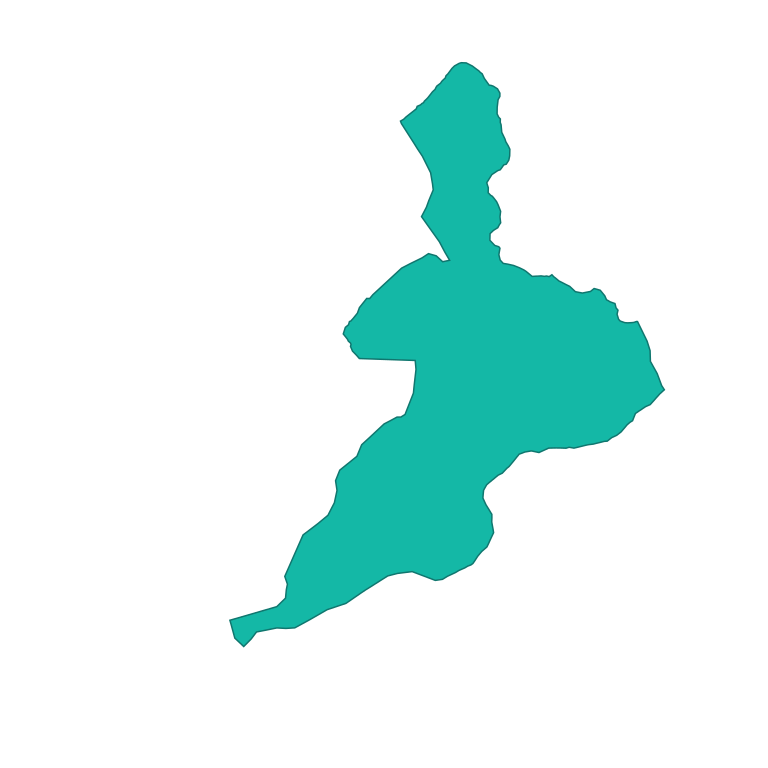 outline of Lafia, Nassarawa, Nigeria, rotated 319°
{"feature_id": "59680162B86357482908219", "entity_name": "Lafia", "entity_type": "district", "adm_level": 2, "iso_a3": "NGA", "parent_name": "Nigeria", "parent_adm1": "Nassarawa", "projection": "albers", "projection_center": [8.783, 8.712], "detail": "fine", "context": "isolated", "style": "filled", "palette": "teal", "viewbox_px": 768, "rotation_deg": 319, "n_neighbors": 0, "source": "geoboundaries", "source_scale": "gbopen_adm2", "svg_char_len": 4347}
<svg xmlns="http://www.w3.org/2000/svg" viewBox="0 0 768 768"><g transform="rotate(319 384 384)"><path d="M156.7,509.5L173.5,513.2L193.0,517.0L200.7,520.2L211.4,524.6L229.2,526.6L235.7,527.4L236.0,527.5L260.9,531.3L269.9,535.8L282.2,544.1L293.9,565.9L300.0,569.8L305.6,570.7L314.3,573.2L318.3,573.9L324.4,575.8L327.7,576.4L331.0,577.6L333.3,577.8L336.1,577.1L341.3,575.6L342.0,575.4L342.3,575.4L344.6,575.0L347.9,574.5L350.2,574.5L354.7,574.5L354.8,574.5L358.7,572.8L361.3,571.6L364.2,570.3L369.2,568.1L371.0,565.2L373.6,560.8L374.8,558.8L376.0,557.5L377.7,555.7L379.9,553.1L380.0,552.6L380.1,551.7L380.9,547.3L381.7,542.2L382.2,540.4L383.8,535.0L386.2,532.6L389.5,529.5L392.8,528.3L395.4,527.4L397.4,527.4L399.3,527.4L400.7,527.5L402.9,527.5L404.2,527.6L406.3,527.6L410.4,527.7L414.8,528.9L419.7,528.4L421.8,528.2L422.9,528.3L424.4,528.3L427.5,527.8L432.3,527.0L434.5,526.6L436.6,526.2L438.0,526.0L439.9,525.6L443.0,526.8L445.6,527.7L447.9,529.1L451.2,531.1L452.2,532.3L452.4,532.6L452.6,532.9L453.6,534.2L456.0,537.4L460.1,538.6L466.2,540.4L468.5,542.3L472.1,545.3L473.1,546.2L474.9,547.8L476.3,549.1L479.3,551.9L482.2,553.2L485.3,557.0L488.1,558.5L496.3,562.7L498.1,563.7L499.2,564.4L502.6,566.7L505.4,568.1L508.6,569.8L512.6,571.8L515.0,573.6L517.2,573.7L519.3,573.8L520.9,573.9L522.1,574.3L526.0,575.4L531.7,575.7L533.5,575.4L535.6,575.1L537.6,574.8L540.6,574.3L542.6,574.3L544.6,574.3L547.5,574.8L549.0,574.0L554.4,571.2L558.8,571.7L561.5,572.1L563.6,572.3L564.9,572.5L566.6,572.7L571.4,574.2L574.6,573.8L576.4,573.6L578.6,573.3L579.9,573.1L583.4,572.7L585.4,572.4L586.9,572.4L589.7,572.3L591.8,572.3L592.5,567.4L597.0,555.4L599.9,541.7L606.7,533.4L610.7,524.2L616.3,503.2L615.6,502.5L613.1,501.5L611.6,500.5L608.1,497.8L606.0,495.7L603.6,491.5L603.5,489.1L605.7,484.2L609.0,481.8L609.1,478.7L610.3,476.4L611.1,474.8L610.4,473.6L608.5,470.2L608.1,468.8L607.2,466.4L608.5,462.2L608.7,455.1L606.9,452.3L605.2,449.8L600.5,449.6L596.9,447.5L593.4,445.5L589.0,439.9L588.2,432.1L586.7,428.6L585.0,424.3L583.6,420.9L583.3,418.8L582.9,416.3L582.5,414.5L582.4,411.7L579.1,411.3L577.5,409.1L575.7,408.0L573.5,405.5L571.0,403.6L570.0,402.8L569.8,402.6L566.4,400.0L565.1,392.2L564.4,389.7L562.5,385.2L559.6,379.6L556.0,374.7L553.1,371.2L553.0,366.7L555.5,361.8L557.5,360.1L558.4,359.4L560.6,357.6L560.7,355.7L558.5,352.1L558.2,345.0L560.2,342.8L562.7,340.1L567.3,339.9L569.5,340.2L572.4,340.7L575.5,339.5L577.8,338.9L581.2,333.9L585.3,330.2L587.7,323.5L588.6,320.2L588.9,315.1L588.9,313.3L588.3,311.6L588.1,308.0L591.5,304.3L592.5,301.9L593.6,299.5L598.2,298.1L602.8,296.7L609.9,297.6L612.3,298.6L616.2,297.7L618.1,297.2L620.5,298.3L625.1,296.9L628.5,294.3L629.6,293.1L633.0,289.4L634.0,285.8L634.9,281.0L636.0,278.5L638.0,271.3L642.4,265.2L643.4,262.8L645.7,260.3L645.6,257.9L646.6,254.3L651.0,249.4L656.6,244.3L660.1,243.0L662.3,240.5L663.3,235.7L661.9,231.0L660.6,228.7L659.4,227.6L660.2,219.2L661.6,214.3L661.1,211.9L661.0,209.7L660.6,208.2L659.3,202.0L656.7,195.6L655.2,194.2L653.1,192.2L651.5,191.5L650.7,191.2L648.7,190.8L645.9,190.2L642.4,190.4L635.5,191.9L633.1,192.0L630.9,193.3L628.5,193.3L626.1,193.5L624.0,194.1L621.2,193.9L619.2,193.8L617.8,194.3L615.7,195.2L614.1,195.2L612.2,195.3L608.6,196.0L605.0,196.7L602.9,196.9L600.1,197.0L598.4,197.6L596.6,197.2L594.7,197.3L591.2,196.2L588.9,197.5L584.0,197.3L576.0,196.9L572.5,197.1L568.9,196.4L568.0,198.9L564.6,221.9L563.5,228.8L562.4,237.3L557.8,255.1L551.9,264.8L548.5,269.8L538.1,275.0L532.0,278.4L522.1,282.3L519.1,313.0L516.4,324.6L514.7,333.7L508.5,330.2L507.5,321.5L503.1,314.8L495.6,313.8L483.2,310.5L473.3,308.1L434.2,309.3L429.3,310.1L427.1,308.1L420.5,309.3L415.6,310.2L410.4,313.1L403.6,314.3L400.2,314.7L398.9,314.2L396.1,316.0L392.0,315.9L386.1,319.5L385.8,326.2L385.2,328.3L385.6,331.0L385.0,332.6L383.4,333.6L381.8,338.5L382.1,344.1L382.1,348.6L423.0,386.7L417.7,394.0L405.9,404.8L400.2,410.2L379.9,420.8L375.0,420.0L372.1,417.5L364.5,415.8L357.9,414.2L338.4,414.9L327.3,415.2L316.1,420.8L302.1,420.3L294.1,420.0L290.0,422.1L284.0,425.2L278.7,433.5L268.6,441.1L264.8,442.6L263.5,443.1L255.6,446.3L242.3,446.0L236.0,445.6L223.9,444.8L182.9,464.1L179.8,471.7L175.4,475.1L169.2,481.0L157.0,481.7L112.7,461.2L110.7,465.5L104.7,477.9L105.9,490.1L116.5,489.3L125.1,487.5L133.4,492.3L143.1,497.8L149.6,504.1L156.7,509.5Z" fill="#14b8a6" stroke="#0f766e" stroke-width="1.5"/></g></svg>